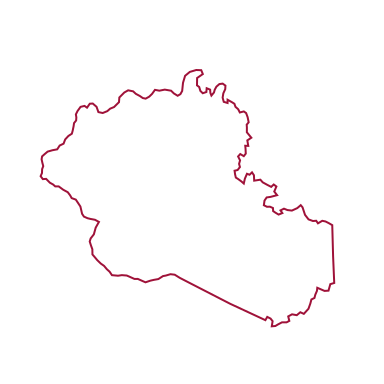 Rebouças, Paraná, Brazil, rotated 188°
{"feature_id": "56859067B68448641599396", "entity_name": "Rebouças", "entity_type": "district", "adm_level": 2, "iso_a3": "BRA", "parent_name": "Brazil", "parent_adm1": "Paraná", "projection": "orthographic", "projection_center": [-50.618, -25.669], "detail": "fine", "context": "isolated", "style": "outline", "palette": "rose", "viewbox_px": 384, "rotation_deg": 188, "n_neighbors": 0, "source": "geoboundaries", "source_scale": "gbopen_adm2", "svg_char_len": 2881}
<svg xmlns="http://www.w3.org/2000/svg" viewBox="0 0 384 384"><g transform="rotate(188 192 192)"><path d="M192.2,105.3L183.1,102.1L138.6,86.6L101.5,75.3L100.1,78.8L96.6,77.6L94.2,75.3L94.3,70.1L90.8,70.9L88.6,72.7L84.7,75.5L80.2,76.1L77.7,77.9L79.4,82.2L75.9,84.8L71.1,84.6L68.0,88.0L64.3,86.9L60.4,92.6L59.3,98.0L58.8,102.2L56.0,104.1L55.6,107.5L54.5,111.5L54.6,114.6L47.0,112.5L43.1,113.3L42.2,120.0L38.5,121.7L43.3,147.8L48.5,178.7L52.2,180.2L55.7,181.4L59.0,181.6L62.9,178.5L65.0,180.8L68.2,180.1L72.8,181.1L76.9,185.1L80.4,192.2L82.5,194.1L85.5,190.7L90.5,187.5L95.0,187.4L98.6,188.3L101.8,186.1L99.6,183.7L103.1,181.7L106.6,183.2L109.0,184.4L109.6,187.4L112.8,188.3L115.7,187.8L119.0,188.9L119.0,193.6L117.3,197.0L113.5,198.1L107.3,200.7L110.6,203.9L109.2,209.2L112.1,210.8L114.3,208.1L118.3,209.5L123.3,211.4L126.0,213.7L132.0,211.9L133.0,217.2L135.3,219.8L137.4,217.1L140.1,217.7L141.5,212.5L141.9,207.6L144.5,209.3L148.0,211.2L150.6,212.4L151.8,215.5L152.8,219.0L149.9,220.1L148.0,223.4L149.3,226.4L148.8,230.0L151.3,233.6L149.5,236.3L145.7,234.7L144.1,237.5L145.0,242.3L145.7,245.2L142.7,245.5L144.4,250.8L140.8,254.0L146.0,258.8L146.6,263.4L147.2,266.3L145.6,268.9L147.3,273.8L149.4,277.7L151.9,279.0L155.7,277.4L157.8,280.4L160.8,282.4L162.3,285.3L165.0,286.5L169.6,288.3L169.2,285.1L173.1,285.7L174.8,289.7L174.7,294.1L173.4,298.5L173.7,302.0L176.7,303.6L179.9,302.7L182.5,299.7L183.7,296.5L184.1,293.6L186.2,290.2L187.6,292.7L188.3,295.9L191.9,296.8L191.7,293.0L195.1,291.3L197.8,293.3L199.5,297.0L201.9,298.3L202.8,305.6L197.7,310.3L199.8,313.9L204.8,313.4L210.9,310.6L215.0,306.1L216.1,298.9L215.8,290.7L217.1,287.3L219.6,285.3L223.7,287.1L226.8,289.4L233.2,289.6L238.4,287.8L242.9,288.0L245.2,283.6L247.7,280.4L250.9,278.0L253.8,278.2L257.0,279.8L261.3,281.4L264.3,283.5L269.4,283.8L272.9,281.1L277.1,275.5L276.8,270.8L281.0,265.3L284.7,263.1L287.1,260.3L291.4,257.8L295.8,258.1L298.4,263.1L302.6,265.8L305.5,265.2L307.7,260.9L310.4,262.3L314.2,260.8L316.6,256.3L317.8,252.7L316.9,249.8L316.7,246.7L318.4,243.8L318.4,240.6L318.7,236.1L319.1,233.0L322.2,230.3L324.9,226.4L325.9,222.0L329.5,219.6L331.4,215.5L336.1,213.9L340.6,211.9L343.2,209.0L345.4,206.4L345.5,203.5L344.2,200.0L342.9,196.9L343.6,193.8L343.2,189.9L344.1,186.6L341.5,184.0L338.3,184.7L334.0,181.4L330.6,180.1L328.2,178.5L324.8,179.0L319.8,176.3L315.0,174.5L312.2,171.7L310.3,169.2L306.0,168.3L302.8,164.7L300.5,162.1L297.8,155.1L295.6,152.6L291.8,151.5L288.8,151.2L284.2,151.0L280.0,149.4L282.4,143.3L283.3,136.4L285.9,131.9L286.4,128.7L284.6,125.0L282.7,121.4L281.9,116.3L279.5,114.2L276.3,111.3L272.3,108.4L268.8,106.6L265.6,103.7L262.5,101.6L259.7,98.5L253.6,98.8L249.9,99.9L245.0,100.2L242.4,99.5L236.9,97.9L233.6,98.4L228.4,96.9L225.5,96.1L220.9,98.4L217.5,99.7L213.2,101.1L209.0,104.7L206.3,105.6L201.9,107.6L197.6,107.7L192.2,105.3Z" fill="none" stroke="#9f1239" stroke-width="2"/></g></svg>